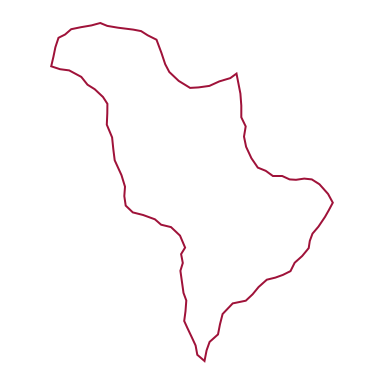 São Francisco, São Paulo, Brazil
{"feature_id": "56859067B66233126169739", "entity_name": "São Francisco", "entity_type": "district", "adm_level": 2, "iso_a3": "BRA", "parent_name": "Brazil", "parent_adm1": "São Paulo", "projection": "natural_earth1", "projection_center": [-50.676, -20.373], "detail": "fine", "context": "isolated", "style": "outline", "palette": "rose", "viewbox_px": 384, "rotation_deg": 0, "n_neighbors": 0, "source": "geoboundaries", "source_scale": "gbopen_adm2", "svg_char_len": 1294}
<svg xmlns="http://www.w3.org/2000/svg" viewBox="0 0 384 384"><path d="M332.8,202.7L328.1,194.0L319.5,184.3L311.8,179.4L304.2,178.6L296.0,179.8L289.6,179.4L282.2,176.0L272.9,176.0L265.7,170.8L257.8,167.6L251.4,158.2L246.1,146.8L244.0,136.6L245.7,126.4L241.3,117.3L241.3,105.6L240.4,93.6L236.5,73.6L230.3,78.1L219.3,81.4L209.4,85.9L198.6,87.4L190.1,87.9L178.7,80.9L169.3,72.0L165.2,64.2L161.4,52.8L156.5,39.7L147.7,35.3L141.1,31.1L133.2,29.6L118.0,27.7L107.3,25.9L100.2,23.0L91.5,25.4L80.9,27.2L71.2,29.2L65.1,34.5L58.5,37.8L55.4,47.2L53.4,56.9L51.2,66.3L60.0,69.2L69.2,70.4L81.3,76.9L87.5,84.7L94.7,89.2L103.0,97.0L107.4,103.8L107.3,113.2L106.8,124.7L112.1,137.4L113.3,149.1L114.7,160.3L121.5,175.2L125.0,186.7L124.3,196.1L125.7,205.6L132.8,212.4L143.1,215.0L154.9,219.3L161.1,224.7L171.0,227.1L180.0,235.6L185.1,247.6L181.1,254.1L182.8,263.0L180.4,270.8L182.0,282.2L183.5,292.9L186.3,300.5L185.5,311.2L184.2,321.0L187.2,327.6L191.8,337.3L195.6,345.5L197.3,354.8L204.5,361.0L206.6,350.3L209.6,341.9L218.0,334.4L220.0,324.2L222.6,314.0L232.7,303.4L245.8,300.7L252.7,294.2L258.6,287.0L266.8,279.7L275.4,277.6L282.9,274.9L290.5,271.1L294.7,262.7L302.2,256.0L308.7,248.1L309.8,240.9L312.5,233.6L318.4,226.7L325.0,216.9L328.7,210.4L332.8,202.7Z" fill="none" stroke="#9f1239" stroke-width="2"/></svg>